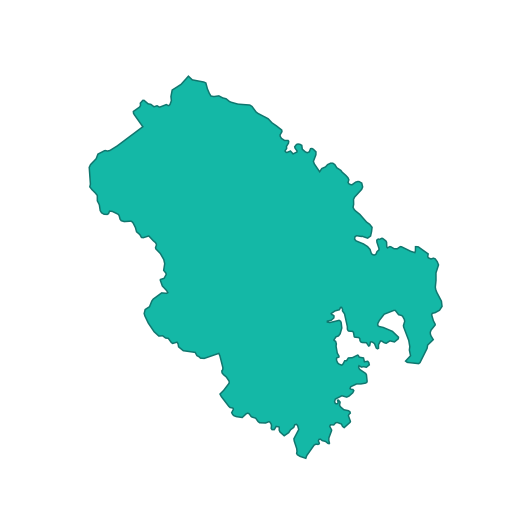 outline of Udmurt, rotated 316°
{"feature_id": "RUS-2387", "entity_name": "Udmurt", "entity_type": "Republic", "adm_level": 1, "iso_a3": "RUS", "parent_name": "Russia", "parent_adm1": "", "projection": "albers", "projection_center": [52.789, 57.2], "detail": "fine", "context": "isolated", "style": "filled", "palette": "teal", "viewbox_px": 512, "rotation_deg": 316, "n_neighbors": 0, "source": "natural_earth", "source_scale": "10m", "svg_char_len": 6131}
<svg xmlns="http://www.w3.org/2000/svg" viewBox="0 0 512 512"><g transform="rotate(316 256 256)"><path d="M381.3,374.1L379.2,375.6L378.7,377.0L379.8,379.7L382.1,380.8L382.9,382.5L382.4,386.0L381.1,389.2L373.8,393.1L368.5,398.6L363.3,403.0L361.9,405.1L360.7,408.0L358.0,417.3L354.8,421.5L350.3,422.5L345.5,421.2L343.0,419.7L341.5,420.3L338.6,425.8L337.5,429.5L336.9,430.1L330.5,430.9L328.4,431.9L327.2,433.3L326.4,435.0L325.4,439.3L317.6,439.3L314.9,441.3L299.9,446.6L298.2,446.4L290.9,437.6L290.6,435.5L297.9,435.1L301.0,430.2L303.7,428.0L307.2,422.9L312.9,409.6L313.8,408.4L317.6,406.3L318.7,404.5L319.6,401.1L319.3,399.7L317.8,397.3L318.4,391.9L317.4,390.9L307.8,386.9L300.2,388.0L296.9,389.1L295.5,390.3L295.3,391.0L295.6,392.3L297.9,395.8L301.8,405.0L302.1,413.4L300.8,414.4L295.9,414.0L293.4,410.1L289.0,409.2L288.0,407.4L287.3,404.5L286.5,403.6L282.5,404.9L280.0,407.5L278.9,407.1L278.6,405.7L280.4,401.3L280.0,399.1L279.3,397.8L278.5,397.4L275.5,399.4L274.5,399.0L275.2,395.1L272.3,392.0L271.7,390.6L272.0,389.2L273.3,387.5L273.2,386.0L270.7,383.0L270.6,382.3L273.0,378.7L273.1,377.3L270.6,374.5L270.4,373.6L270.9,372.1L272.7,370.2L279.5,359.1L280.1,355.5L281.2,354.6L281.9,352.4L281.1,351.7L278.7,352.6L274.7,350.4L270.1,349.6L269.8,350.6L270.4,352.0L270.5,353.3L269.0,354.6L265.6,354.5L262.1,352.4L261.4,353.1L262.9,355.2L271.1,360.0L271.5,361.7L270.9,363.2L267.7,367.4L262.5,370.4L259.8,370.8L257.4,369.7L253.8,370.5L253.5,370.9L254.0,372.7L252.7,375.1L251.0,376.4L247.0,382.3L246.1,385.7L245.3,386.3L243.6,385.4L242.5,385.8L241.3,387.3L240.5,389.6L240.6,391.3L241.8,394.1L243.8,394.1L247.0,393.0L248.4,394.2L251.6,393.5L254.7,396.1L260.3,397.9L260.5,398.5L260.0,400.5L262.5,404.0L260.5,407.4L263.2,409.3L263.1,411.0L261.9,413.0L258.1,412.7L256.6,410.4L254.7,409.2L253.9,406.5L252.7,407.1L251.9,408.9L251.9,410.0L253.3,416.7L252.9,418.2L248.9,423.3L247.8,423.9L246.3,423.4L242.6,420.9L239.5,417.9L233.3,415.8L231.5,416.7L231.7,417.8L233.0,419.4L232.8,420.8L230.6,421.6L225.6,421.4L223.2,420.5L220.7,416.2L213.7,414.0L211.4,415.3L210.7,416.9L210.9,418.0L212.2,418.9L213.4,418.3L214.5,416.4L215.2,416.9L215.0,419.5L212.4,421.4L212.0,423.3L212.4,427.6L214.9,431.3L215.4,433.1L214.7,434.5L212.6,434.5L211.5,435.1L209.0,440.6L208.1,441.0L200.2,440.7L199.9,438.7L200.7,436.2L199.0,432.5L197.5,431.3L194.6,431.5L192.3,429.2L190.7,429.7L189.6,433.5L189.1,434.1L182.0,437.5L180.2,439.3L178.8,441.7L178.2,441.8L177.6,440.8L177.2,437.7L175.4,434.8L175.1,432.5L174.0,431.7L172.4,432.3L171.5,434.7L170.9,435.0L169.7,434.6L168.4,433.0L166.5,432.4L153.9,434.8L151.3,436.1L148.5,430.8L147.7,427.7L148.1,426.2L149.7,425.1L151.5,422.8L155.0,415.6L156.3,413.8L166.2,410.5L168.1,407.0L168.2,405.2L166.6,404.3L164.1,405.5L160.1,405.0L156.8,405.8L151.4,404.9L151.0,399.3L151.7,397.4L153.8,395.3L153.7,394.7L152.1,392.6L148.5,393.6L146.9,392.0L147.2,390.5L149.3,388.8L150.3,387.1L150.6,385.1L150.3,384.2L146.9,382.8L142.8,378.5L142.5,376.6L143.1,372.4L141.2,369.0L141.0,368.0L141.5,364.8L140.9,363.3L139.4,362.7L133.9,362.6L130.3,357.9L129.2,355.6L129.1,353.9L129.7,351.8L133.2,350.6L133.7,349.8L133.6,349.1L132.1,347.0L132.0,345.2L133.4,333.0L134.2,330.3L139.4,330.2L148.4,328.8L149.7,327.4L150.6,322.4L150.2,318.8L150.4,316.5L151.6,314.9L153.0,314.7L154.5,313.5L160.7,302.7L161.6,300.2L147.6,293.7L145.1,290.9L145.1,289.2L144.3,286.6L145.3,283.1L137.9,273.6L137.2,267.6L139.0,264.9L139.3,263.1L135.3,261.0L135.0,259.4L135.7,254.3L134.0,252.2L133.4,248.5L130.5,246.1L130.1,239.7L131.9,229.5L134.4,222.0L135.6,219.7L139.1,217.5L144.2,218.5L149.8,216.0L152.2,215.6L162.5,217.0L165.8,220.8L167.1,221.1L167.7,218.9L167.8,212.5L170.3,207.0L170.9,206.5L174.4,208.2L178.6,206.9L179.3,205.7L179.6,202.2L185.0,198.1L187.2,194.5L188.9,187.8L188.9,181.3L189.5,180.2L191.9,179.0L192.6,178.2L193.0,176.5L192.7,173.7L192.8,167.1L187.6,164.5L186.5,163.1L187.3,159.9L186.9,155.6L189.0,151.8L190.5,147.1L190.6,145.2L190.3,144.1L185.1,139.7L183.6,137.0L183.8,135.1L185.7,131.7L185.8,130.1L183.6,124.1L181.8,122.0L179.3,123.1L177.8,122.7L175.7,120.4L174.9,117.6L175.5,115.1L178.9,110.3L180.2,106.1L183.9,102.2L184.2,99.0L184.1,94.2L184.5,90.8L186.8,89.3L197.6,76.4L200.5,75.3L208.6,75.0L213.1,72.9L220.1,75.0L220.9,75.5L222.0,77.3L224.2,78.6L232.5,80.4L264.4,84.4L266.6,69.9L267.0,68.3L268.2,66.8L275.8,68.0L277.6,67.4L278.9,65.7L282.7,65.4L283.6,66.3L284.1,71.6L285.7,73.9L286.3,77.8L289.2,79.2L289.9,81.7L290.6,82.2L296.7,84.8L297.3,86.8L297.9,87.3L299.3,87.3L303.0,85.5L305.6,82.2L311.0,78.4L321.4,80.5L332.3,79.7L332.5,85.0L339.3,94.6L340.1,96.7L337.1,102.1L335.4,106.6L334.7,109.7L336.5,112.1L340.5,115.0L341.9,119.2L343.7,122.1L344.2,126.3L344.8,127.9L348.5,134.2L356.4,143.1L357.0,145.7L356.1,152.3L356.4,154.6L360.1,165.8L360.0,171.3L361.1,176.7L362.0,183.3L361.0,184.6L357.4,185.6L356.5,186.8L356.0,189.1L356.8,192.7L359.3,195.2L359.2,196.2L357.7,197.4L354.1,198.3L352.7,200.0L350.3,200.4L349.8,200.7L349.7,202.4L350.1,203.0L353.7,204.4L353.6,208.3L357.6,209.6L358.5,209.0L359.0,205.6L359.7,204.3L362.6,203.9L364.0,204.6L365.2,206.2L365.8,208.2L363.5,211.3L363.8,215.3L364.6,217.3L366.7,218.1L369.8,216.7L370.9,217.5L371.4,219.0L371.5,222.7L369.4,224.8L363.0,227.8L361.9,230.3L360.3,239.6L364.1,238.8L367.9,240.2L371.0,240.0L374.2,241.1L375.7,242.6L376.2,245.0L375.4,248.6L376.5,253.4L376.2,255.3L376.6,260.4L376.5,263.6L375.7,265.7L373.3,267.0L373.0,268.6L373.4,269.9L374.4,271.4L379.0,272.1L381.1,273.2L381.9,274.2L382.7,277.0L380.7,280.4L378.2,281.5L367.9,282.1L365.5,283.0L362.1,286.7L359.6,288.4L358.9,290.9L358.9,292.7L359.6,298.2L359.1,308.4L359.8,312.2L359.4,316.0L356.1,318.7L352.3,321.2L348.7,320.7L346.0,315.4L345.4,315.2L342.5,311.3L340.5,310.9L338.6,312.4L338.5,314.7L341.7,322.0L342.8,326.7L342.6,330.5L340.9,333.9L340.7,335.2L341.1,336.6L342.0,337.7L343.7,338.0L346.1,336.9L348.7,337.0L349.7,336.0L352.6,330.0L353.9,328.5L355.7,328.7L356.4,329.9L358.7,330.6L359.3,331.3L359.9,335.3L359.5,336.8L356.4,340.3L356.2,341.5L358.8,342.2L359.4,343.1L360.4,346.7L362.6,348.9L366.3,349.5L367.1,350.5L370.6,360.2L372.6,363.9L374.2,363.1L377.2,360.1L378.2,361.1L379.1,362.2L381.3,374.1Z" fill="#14b8a6" stroke="#0f766e" stroke-width="1.5"/></g></svg>